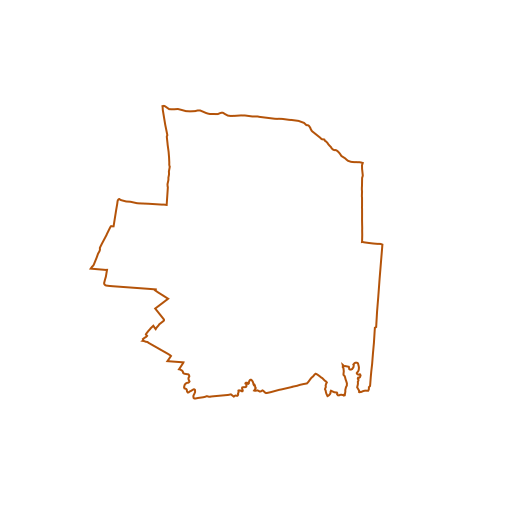 the district of Poiana, Dâmbovita, Romania, rotated 321°
{"feature_id": "2599482B93983600474327", "entity_name": "Poiana", "entity_type": "district", "adm_level": 2, "iso_a3": "ROU", "parent_name": "Romania", "parent_adm1": "Dâmbovita", "projection": "robinson", "projection_center": [25.674, 44.559], "detail": "fine", "context": "isolated", "style": "outline", "palette": "amber", "viewbox_px": 512, "rotation_deg": 321, "n_neighbors": 0, "source": "geoboundaries", "source_scale": "gbopen_adm2", "svg_char_len": 6117}
<svg xmlns="http://www.w3.org/2000/svg" viewBox="0 0 512 512"><g transform="rotate(321 256 256)"><path d="M361.4,326.7L360.4,325.0L357.7,322.7L354.9,320.0L351.8,316.8L348.8,313.6L347.4,311.9L347.2,311.8L347.9,311.1L351.8,306.5L354.7,302.8L355.9,301.4L361.2,294.6L364.9,290.1L365.6,289.2L368.1,286.1L368.8,285.1L370.1,283.6L373.1,279.9L375.1,277.4L375.8,276.3L379.0,272.6L380.0,271.1L381.3,269.5L382.5,268.2L387.6,262.1L388.8,261.3L389.5,260.8L390.0,260.1L393.3,255.0L395.4,252.3L395.6,252.1L397.5,250.9L396.4,249.3L395.5,248.3L390.9,244.4L389.1,242.6L387.4,239.9L387.0,238.2L386.7,236.1L385.4,232.3L385.3,231.3L385.5,230.7L385.6,228.2L385.4,226.0L385.1,224.9L384.6,223.8L383.8,223.3L383.4,222.8L382.9,222.0L382.6,220.4L382.6,219.6L382.8,218.6L382.6,216.7L382.5,214.7L382.7,213.1L382.5,211.0L382.1,209.9L382.4,208.5L382.1,208.1L381.6,207.7L380.8,206.8L380.5,206.2L380.4,205.1L380.3,204.3L378.2,194.8L378.1,194.0L378.1,193.2L378.3,192.8L378.5,191.3L378.8,190.8L379.0,189.1L379.0,188.1L378.9,187.6L378.5,186.9L377.5,186.0L377.1,182.8L374.1,177.8L369.0,172.4L367.8,171.4L362.8,166.1L360.2,163.8L358.8,162.8L357.0,161.2L346.2,150.0L345.0,148.5L341.0,145.3L336.0,140.0L332.8,137.3L327.8,133.8L324.4,131.2L322.5,129.2L321.1,125.9L320.6,124.2L319.8,123.2L318.1,122.4L315.7,121.7L309.5,116.6L308.2,115.0L307.1,113.3L305.6,110.4L304.2,107.8L302.3,106.2L299.9,105.1L295.9,102.2L292.7,99.3L289.9,95.4L287.8,92.6L285.2,90.8L283.0,89.1L280.9,87.2L279.6,82.6L279.1,81.6L278.4,81.0L277.6,80.7L277.3,81.3L275.5,83.8L268.1,96.8L263.2,106.2L262.9,106.5L262.3,106.7L261.7,107.2L258.3,112.5L257.3,114.0L253.6,120.1L250.6,124.5L247.5,128.7L246.0,130.5L245.3,131.8L245.2,132.3L241.4,135.6L240.6,136.8L239.6,138.0L237.2,140.0L236.3,141.2L235.4,142.1L232.4,144.5L231.1,146.3L230.9,146.9L230.4,147.5L218.7,160.1L216.8,158.1L215.5,157.1L205.4,147.8L197.8,141.1L196.6,139.9L192.7,135.0L191.8,134.1L190.9,133.3L189.4,131.9L186.9,128.5L186.1,127.3L185.8,126.5L185.7,125.8L185.2,125.5L184.7,125.5L183.6,125.8L182.8,126.4L180.9,128.2L176.0,132.5L164.0,143.3L163.0,142.5L162.2,141.6L161.5,141.7L160.0,142.3L153.5,145.3L153.3,145.5L143.9,149.5L140.2,151.2L139.7,151.5L138.7,152.9L137.3,153.8L134.7,154.8L131.1,157.0L124.4,160.7L123.5,161.0L121.7,161.2L119.6,161.8L130.4,172.2L131.5,173.0L126.3,177.6L124.1,179.1L121.0,181.4L120.5,182.1L120.4,182.8L120.5,183.8L120.9,184.6L123.0,186.8L125.5,189.2L151.4,213.5L157.1,218.9L156.8,219.2L156.0,219.3L157.1,223.0L160.8,233.9L144.6,233.4L144.5,247.4L144.0,248.1L143.8,248.2L143.3,248.3L137.8,248.2L136.6,248.6L133.6,249.1L132.0,249.7L132.0,248.8L132.3,245.6L128.5,245.9L128.0,246.1L125.3,246.5L121.8,247.3L121.0,247.7L121.1,249.5L119.9,249.7L118.4,249.5L117.3,249.4L115.8,249.4L115.6,250.1L115.2,250.6L114.5,250.6L115.5,251.7L116.4,253.3L117.6,254.6L117.8,255.8L123.0,269.1L125.9,276.4L126.8,279.0L127.0,280.2L121.0,282.0L132.7,293.0L132.4,293.2L124.9,295.6L125.5,296.3L126.4,298.5L126.4,299.7L126.1,300.4L125.8,301.0L126.1,302.2L127.0,303.3L129.0,305.5L129.0,306.1L128.7,307.1L128.3,307.7L127.3,308.0L126.7,308.4L126.1,309.1L125.6,310.5L125.4,311.6L124.7,311.9L123.8,311.9L122.6,311.2L121.2,310.9L119.8,311.1L118.8,311.7L117.5,312.7L117.1,313.9L117.5,314.4L118.0,315.3L118.1,316.2L117.5,317.2L117.1,318.1L117.1,319.2L117.8,319.6L119.4,319.6L120.3,319.9L122.7,320.2L123.7,320.4L124.2,320.9L124.3,321.7L123.6,322.7L122.9,323.5L121.4,324.3L120.4,324.7L119.2,325.4L118.7,326.1L118.2,327.1L118.4,327.9L119.0,328.5L121.7,329.9L126.0,332.5L127.6,333.3L129.6,334.0L130.9,335.8L131.9,336.6L132.1,336.6L133.7,337.6L147.0,346.5L149.4,347.7L150.3,351.3L151.4,351.3L152.2,351.5L152.8,352.1L153.3,352.8L154.0,352.9L154.7,352.6L155.1,352.2L155.4,351.6L156.7,350.9L157.1,350.5L157.4,349.7L157.8,349.5L158.3,349.8L159.0,350.4L159.9,352.3L160.4,352.6L160.9,352.3L161.2,352.0L161.6,350.5L162.1,349.8L162.6,349.5L163.5,349.9L164.2,350.5L165.5,351.4L166.4,351.3L166.8,350.7L168.0,350.0L167.5,348.5L167.9,348.2L168.5,348.2L169.3,348.9L169.4,349.9L169.7,350.5L170.5,350.3L170.7,349.7L171.7,349.3L172.4,348.8L173.4,348.6L174.2,348.9L174.4,349.4L174.5,350.3L174.4,351.5L173.9,353.0L173.3,354.1L173.1,355.0L173.8,355.1L173.7,355.7L173.3,356.7L172.2,358.5L172.3,358.6L171.0,359.1L169.9,359.4L170.3,360.0L170.9,360.5L172.4,361.2L172.9,362.0L173.7,363.8L174.7,364.3L176.4,364.5L176.8,365.3L177.1,367.8L177.5,368.8L178.4,369.4L181.8,371.1L189.8,374.6L191.8,375.7L201.9,380.6L202.0,380.5L202.6,380.8L206.4,382.8L206.5,382.8L209.1,383.8L212.3,385.4L215.4,387.1L217.4,386.8L221.5,385.7L222.8,385.5L224.6,385.5L226.9,385.0L228.2,385.0L228.7,385.8L229.2,387.2L229.8,389.4L230.2,391.4L230.7,392.7L231.0,396.1L231.4,397.3L231.5,398.8L229.8,399.6L228.5,400.6L228.0,401.5L227.5,402.0L226.7,402.3L225.8,402.9L225.4,404.5L224.7,405.7L224.1,407.1L223.7,408.6L223.4,409.9L223.8,410.0L225.2,410.1L226.5,409.9L227.6,409.4L228.5,408.4L229.5,407.9L230.4,409.8L231.2,411.3L232.1,412.2L232.9,413.0L232.8,413.8L232.0,414.5L232.0,415.8L232.9,416.6L233.9,416.8L235.1,417.6L235.9,418.7L236.9,419.1L236.6,419.8L237.3,420.1L240.1,417.6L241.0,416.4L242.0,415.6L243.5,414.5L245.0,413.9L246.5,412.2L247.5,409.7L248.0,408.2L248.8,406.5L249.3,405.3L249.2,403.5L249.5,403.0L251.7,400.8L253.3,398.3L253.4,397.9L253.4,397.3L253.5,396.9L254.4,396.1L254.9,395.1L255.0,395.7L255.0,396.9L255.6,397.4L256.0,397.6L258.4,400.5L257.3,402.6L257.6,403.4L258.3,404.0L259.6,404.4L260.1,404.2L261.6,403.8L262.7,402.9L263.3,402.3L263.4,401.6L265.2,401.3L266.1,401.5L266.9,402.1L267.6,403.0L267.6,403.8L266.4,406.4L265.7,407.6L264.1,409.2L262.8,409.9L261.2,410.2L260.6,410.4L260.4,410.9L260.5,411.7L260.7,412.3L261.3,413.0L262.3,413.3L262.3,413.8L262.1,414.6L261.2,415.2L260.4,415.6L259.3,415.5L259.3,415.1L258.8,414.8L258.1,415.2L257.8,415.6L257.6,416.9L256.9,417.4L255.9,417.9L255.3,418.9L254.0,420.2L252.9,421.0L252.0,421.7L251.3,425.9L250.5,426.5L250.6,426.9L252.5,428.0L253.6,428.2L254.9,428.7L256.2,429.4L257.3,430.4L258.4,431.3L259.7,430.7L260.1,430.3L261.2,429.0L262.8,428.8L263.9,427.7L269.1,422.2L273.1,418.1L278.2,413.1L285.5,405.4L292.8,397.9L303.2,386.6L304.7,386.8L315.0,375.5L325.2,364.8L337.8,351.4L361.4,326.7Z" fill="none" stroke="#b45309" stroke-width="2"/></g></svg>